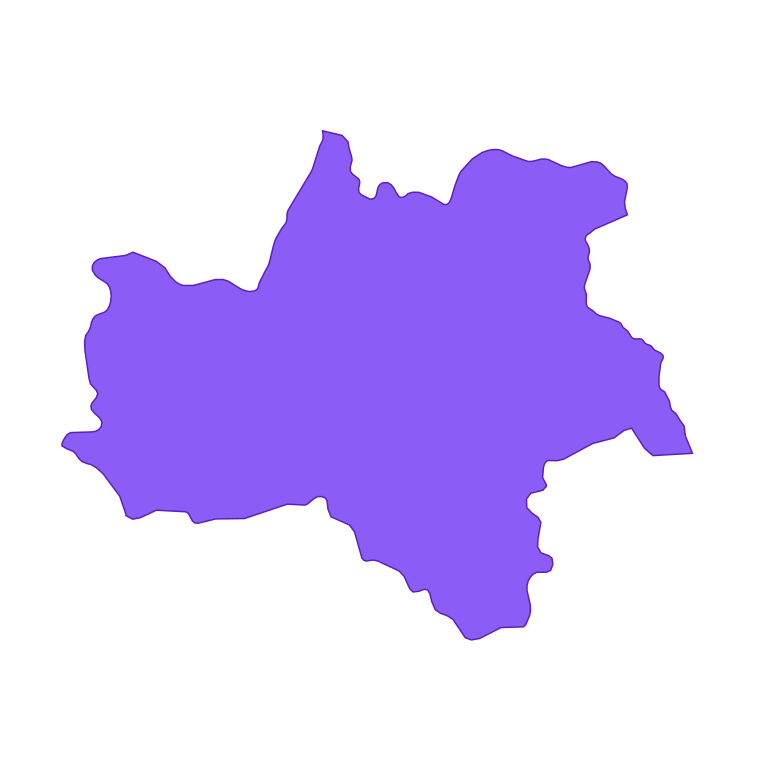 outline of Saône-et-Loire, rotated 186°
{"feature_id": "FRA-5339", "entity_name": "Saône-et-Loire", "entity_type": "Metropolitan department", "adm_level": 1, "iso_a3": "FRA", "parent_name": "France", "parent_adm1": "", "projection": "mercator", "projection_center": [4.488, 46.664], "detail": "fine", "context": "isolated", "style": "filled", "palette": "violet", "viewbox_px": 768, "rotation_deg": 186, "n_neighbors": 0, "source": "natural_earth", "source_scale": "10m", "svg_char_len": 4346}
<svg xmlns="http://www.w3.org/2000/svg" viewBox="0 0 768 768"><g transform="rotate(186 384 384)"><path d="M133.2,366.0L140.7,362.7L149.5,354.5L170.2,346.7L197.5,328.0L203.9,325.8L212.5,325.1L214.6,324.1L216.0,321.5L216.7,317.7L216.5,308.3L216.2,307.1L212.0,300.7L211.9,299.1L214.9,295.0L226.6,290.7L230.3,284.5L229.0,275.9L223.2,271.0L216.8,267.4L213.5,262.7L214.7,245.8L214.2,238.0L210.3,232.5L202.0,230.4L198.6,228.1L197.2,222.2L198.8,216.0L202.9,213.8L212.4,212.7L215.5,210.7L218.0,207.6L219.9,203.5L220.7,198.7L220.2,193.5L215.3,179.3L214.6,173.9L215.0,168.9L218.0,159.2L219.8,157.1L242.2,154.0L262.3,140.9L270.3,138.6L276.7,140.2L290.6,156.9L297.2,160.3L303.6,161.8L309.4,164.8L313.9,172.9L316.5,180.4L319.1,183.8L322.5,184.0L327.7,181.5L333.4,180.2L337.1,183.2L343.8,194.7L349.4,199.6L371.9,207.4L376.2,207.8L383.3,206.1L385.6,206.6L387.8,208.6L397.8,233.8L403.6,240.2L422.8,246.4L426.6,253.6L428.5,261.9L430.3,264.4L433.9,265.5L438.1,265.1L441.3,263.1L447.6,256.7L448.9,255.8L450.3,255.3L467.6,254.4L508.8,235.6L537.4,232.2L554.0,226.2L557.8,226.0L560.3,227.9L565.0,234.8L567.8,236.2L597.2,234.7L612.5,225.5L619.8,223.3L626.7,226.1L626.5,226.3L635.0,244.7L653.9,265.3L661.2,270.6L667.0,273.3L671.3,273.9L676.1,275.2L679.8,278.1L683.0,282.0L685.8,284.4L693.0,286.6L697.8,288.8L698.0,291.5L696.9,294.5L695.5,297.7L693.5,300.8L690.6,302.9L669.6,305.8L665.8,306.8L662.7,309.0L660.8,312.1L660.5,316.4L662.3,319.5L665.2,322.1L668.6,324.5L672.2,328.1L673.2,331.2L672.5,334.3L668.6,340.5L667.7,344.6L669.5,347.8L675.9,353.3L678.1,359.3L684.9,385.9L686.2,395.0L685.7,401.1L683.9,404.3L682.5,407.5L681.7,411.0L681.3,415.2L680.2,418.5L678.4,421.3L675.6,423.2L669.5,426.2L667.2,428.6L665.4,432.4L664.5,436.9L664.5,443.4L665.7,448.2L667.4,452.1L669.0,454.0L670.8,455.4L680.1,460.2L683.2,462.8L686.1,467.1L686.3,471.1L684.9,474.7L682.2,477.3L679.0,479.1L654.6,484.8L647.4,488.8L623.2,482.2L614.0,476.6L608.0,469.0L602.0,463.9L597.9,461.9L594.1,461.0L583.8,462.1L562.8,470.2L555.1,471.1L549.5,469.9L536.8,463.7L531.7,462.2L527.2,461.9L522.6,463.0L520.6,464.4L519.5,465.8L519.4,466.3L518.7,470.9L518.2,472.8L516.0,478.2L515.4,480.2L511.8,488.9L511.2,490.9L510.7,492.8L508.4,509.9L507.6,514.3L506.4,518.2L501.8,528.4L499.0,532.8L498.3,534.5L497.8,536.3L497.8,538.1L498.1,541.8L498.2,543.6L497.9,545.5L497.3,547.3L478.8,587.0L477.6,590.4L472.8,613.9L470.7,619.2L470.3,621.3L470.5,624.1L470.7,625.8L471.6,629.4L451.6,626.8L445.1,621.0L443.0,613.8L439.9,606.5L439.2,603.2L440.2,596.2L439.6,591.9L437.2,589.4L430.4,585.1L429.2,582.4L429.3,579.1L429.7,575.9L428.9,571.8L426.2,569.8L417.0,566.3L413.6,567.4L411.8,569.6L411.2,572.8L410.9,576.1L410.4,579.2L408.8,582.1L405.9,584.2L401.0,584.5L397.5,582.8L394.3,579.4L391.9,575.7L388.3,571.5L385.2,571.5L382.4,573.0L380.2,575.7L375.7,577.7L369.3,578.3L356.0,574.9L343.2,568.8L340.3,569.1L338.3,570.9L337.2,573.7L336.4,576.6L334.2,588.6L331.5,599.0L329.9,603.2L319.8,617.0L310.9,624.3L305.4,627.0L301.2,628.3L297.4,628.9L294.2,628.9L291.0,628.4L280.5,624.3L264.1,620.4L260.0,620.9L251.1,624.1L247.4,624.6L244.2,624.4L230.3,619.7L224.3,618.6L220.3,619.0L200.7,626.9L195.6,627.1L191.6,626.3L188.7,624.4L179.9,616.7L176.5,614.9L168.5,612.6L165.5,611.0L163.4,608.9L162.7,606.1L162.7,602.8L163.8,591.0L163.8,590.3L163.6,589.3L162.5,584.1L159.6,577.7L191.0,559.9L194.4,556.3L198.4,552.8L198.7,551.4L199.0,549.9L198.9,548.4L198.5,547.3L197.8,546.4L196.8,545.1L195.6,543.2L194.7,541.5L194.0,539.8L193.6,538.0L193.6,535.8L194.1,533.0L194.2,530.7L193.8,528.9L193.1,527.4L192.3,526.1L191.6,524.6L191.2,522.2L191.3,518.8L194.6,505.1L194.9,502.8L194.8,500.5L193.9,498.2L193.1,496.5L192.3,494.7L191.8,492.3L191.7,489.0L191.2,485.2L190.5,483.1L189.7,481.8L188.8,481.2L184.3,478.9L180.2,475.9L176.8,474.5L166.5,473.0L156.8,470.1L155.3,469.3L154.2,468.2L152.8,466.0L152.1,465.3L147.1,462.0L143.3,457.1L141.9,455.7L140.3,455.2L138.5,455.1L133.4,455.7L131.9,455.1L130.7,454.1L129.6,452.8L128.5,451.8L126.9,451.0L123.3,450.2L121.8,449.3L118.8,446.4L117.9,445.8L112.4,443.8L109.8,442.0L109.1,440.2L109.2,438.4L110.6,435.0L111.0,432.9L111.3,420.1L110.4,411.7L109.4,409.1L108.2,407.5L104.1,405.5L98.4,396.9L96.7,391.1L95.3,388.3L93.6,386.8L91.9,386.0L90.6,385.0L86.6,379.9L85.7,378.6L81.3,373.9L80.6,371.6L79.5,366.3L78.5,363.1L70.0,347.3L109.0,340.9L118.1,347.2L133.2,366.0Z" fill="#8b5cf6" stroke="#5b21b6" stroke-width="1.5"/></g></svg>